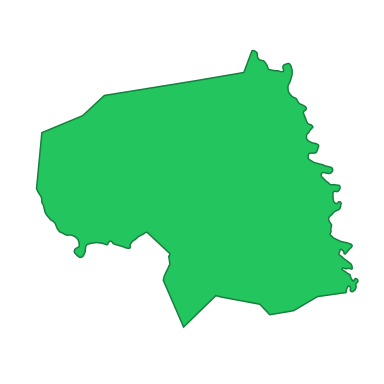 Villanueva, Cortés, Honduras, rotated 83°
{"feature_id": "27666195B71161947465594", "entity_name": "Villanueva", "entity_type": "district", "adm_level": 2, "iso_a3": "HND", "parent_name": "Honduras", "parent_adm1": "Cortés", "projection": "orthographic", "projection_center": [-88.036, 15.321], "detail": "fine", "context": "isolated", "style": "filled", "palette": "green", "viewbox_px": 384, "rotation_deg": 83, "n_neighbors": 0, "source": "geoboundaries", "source_scale": "gbopen_adm2", "svg_char_len": 5764}
<svg xmlns="http://www.w3.org/2000/svg" viewBox="0 0 384 384"><g transform="rotate(83 192 192)"><path d="M59.0,115.2L79.7,126.0L82.0,174.9L85.5,267.2L102.9,291.2L114.8,333.8L169.7,345.9L172.9,344.9L177.4,342.8L179.1,342.2L179.7,342.1L184.3,342.2L185.2,341.9L186.5,341.3L187.4,341.0L190.9,340.7L193.1,340.4L194.7,340.1L196.0,339.6L197.5,338.9L200.1,337.1L202.0,336.0L202.9,335.1L204.0,333.5L205.1,332.6L206.0,331.9L207.3,331.4L210.8,330.5L212.4,330.0L213.5,329.4L215.5,328.1L216.2,326.9L216.9,325.5L218.7,323.3L219.4,322.0L219.7,320.9L219.8,318.7L220.0,317.3L220.2,316.6L220.7,315.7L221.5,314.4L222.3,313.3L223.5,312.2L224.5,311.4L225.8,310.8L227.2,310.5L230.2,310.3L231.3,310.4L231.8,310.5L232.3,310.8L232.7,311.2L233.2,312.3L233.9,314.2L234.4,314.9L234.8,315.3L235.7,315.8L236.4,316.1L237.0,316.1L237.5,316.0L238.1,315.8L241.0,313.8L242.6,312.2L243.0,311.7L243.3,311.2L243.3,310.2L243.0,309.0L242.5,308.1L241.9,307.5L240.4,306.5L238.2,305.3L234.1,304.4L233.1,304.1L232.5,303.7L231.8,303.1L231.4,302.4L231.2,301.8L230.6,298.5L230.5,294.2L230.6,292.7L231.0,290.8L231.6,289.0L231.8,287.6L232.4,286.3L233.9,283.2L234.0,282.7L233.9,282.3L233.6,282.0L233.2,281.7L232.1,281.3L231.7,281.0L231.4,280.5L231.0,279.7L231.0,278.2L231.8,277.4L233.6,276.5L234.0,276.0L236.7,269.9L237.3,268.4L238.2,266.6L239.0,265.2L239.5,264.2L240.0,262.7L240.2,261.1L240.0,260.4L239.5,260.0L238.8,259.9L237.7,260.0L236.7,259.8L234.8,258.3L233.6,257.0L232.1,253.9L229.6,250.5L229.0,248.5L228.3,246.9L227.9,245.6L226.6,243.1L226.5,241.5L250.3,221.6L251.1,221.5L251.7,221.8L253.1,223.0L255.8,222.8L261.1,222.8L261.6,223.1L262.2,223.7L265.1,225.3L268.6,227.7L270.5,228.7L271.6,229.5L272.8,230.1L275.0,230.8L276.0,231.3L325.0,216.8L297.8,181.0L300.2,174.7L311.7,138.3L323.3,129.8L322.2,105.7L311.1,80.2L310.6,51.4L308.5,50.9L306.6,50.0L305.0,48.9L304.6,48.4L304.4,47.9L304.5,47.5L304.8,47.0L305.3,46.7L306.0,46.5L306.8,46.4L308.6,46.9L309.6,46.7L310.0,46.3L310.4,45.7L310.5,45.2L310.4,44.7L310.3,44.1L309.9,43.5L309.1,42.3L308.8,42.0L307.5,41.2L306.4,40.7L305.4,40.6L304.1,40.7L303.2,40.5L302.6,40.1L301.7,38.8L301.0,38.2L300.2,38.1L299.2,38.4L298.7,38.8L298.2,39.2L297.9,39.9L297.9,40.5L298.3,41.2L298.8,41.6L299.6,42.0L300.0,42.3L300.1,42.7L300.0,43.1L298.4,44.0L296.7,44.7L295.9,44.9L293.8,45.2L293.2,45.4L292.9,45.7L292.0,47.3L290.4,48.8L288.5,51.2L287.8,51.9L287.3,52.3L286.8,52.4L286.2,52.3L285.9,51.9L285.8,51.3L286.9,48.9L287.0,47.5L286.9,46.1L286.9,45.4L287.3,44.5L287.9,43.4L288.0,43.0L287.8,42.6L287.6,42.3L285.5,42.2L284.5,42.4L283.7,42.6L283.0,42.9L282.3,43.4L281.5,44.2L280.1,45.8L276.1,49.9L274.4,51.2L272.0,53.7L271.5,53.9L271.0,53.8L268.9,52.6L267.4,52.0L267.1,51.7L267.0,51.3L267.1,50.9L267.3,50.6L269.1,48.9L271.9,48.4L272.1,47.9L272.1,47.3L270.8,45.8L270.0,45.1L269.3,44.2L268.0,42.9L267.3,42.0L266.7,40.9L266.3,40.5L265.7,40.0L265.2,39.7L264.7,39.6L264.2,39.7L263.7,40.0L263.3,40.4L262.6,41.5L261.3,44.4L260.5,46.6L260.0,48.3L259.4,49.9L257.3,53.4L255.4,56.4L254.9,57.1L253.9,57.9L251.4,59.9L250.9,60.1L250.5,60.0L249.0,59.2L247.9,58.8L247.5,58.7L246.2,58.8L245.6,58.8L243.2,57.8L242.1,57.5L241.3,57.6L237.9,59.3L236.3,59.7L235.4,59.7L233.7,59.0L233.4,58.8L233.0,58.3L231.5,55.9L229.9,54.4L229.0,53.2L228.3,51.4L227.5,48.7L227.2,48.1L226.9,47.8L226.2,47.1L225.4,46.7L223.8,46.1L222.6,45.8L221.6,45.3L221.2,45.3L220.8,45.4L220.0,46.0L219.7,46.4L219.6,47.1L219.7,47.8L220.8,48.7L220.9,49.2L221.0,49.7L220.9,50.4L220.6,51.0L220.2,51.5L219.7,52.1L218.4,52.5L217.5,52.7L216.5,52.8L210.4,52.3L209.5,51.8L209.0,51.3L208.7,50.9L208.7,50.3L209.3,48.0L209.1,47.1L208.6,46.3L207.8,45.5L206.8,44.8L205.8,44.5L204.7,44.5L204.1,44.6L203.6,44.9L203.4,45.1L203.2,45.5L202.6,48.2L201.9,50.6L201.9,52.6L201.7,53.4L201.4,53.9L201.0,54.4L200.0,55.0L197.3,57.8L193.2,61.0L192.6,61.4L191.9,61.6L191.4,61.7L190.8,61.7L189.7,61.3L189.0,60.8L188.6,59.7L188.8,58.8L190.0,55.2L190.3,54.3L190.4,53.6L190.3,52.9L190.1,52.1L189.8,51.4L189.4,50.9L188.7,50.3L188.1,49.9L187.4,49.7L186.8,49.6L186.3,49.7L185.6,49.9L185.0,50.3L184.6,50.8L184.3,51.4L183.9,52.5L183.1,54.2L182.8,55.5L182.5,56.4L182.0,57.2L181.1,58.5L180.7,59.3L179.7,62.2L178.7,64.4L178.1,66.2L177.8,66.8L177.1,67.9L174.8,70.8L173.6,72.1L172.9,72.6L172.1,72.6L170.3,72.2L169.1,71.8L168.3,71.3L168.0,70.9L167.9,70.2L167.9,69.1L168.2,66.9L168.3,65.2L168.2,64.8L168.0,64.2L167.7,63.8L166.9,63.2L165.1,62.2L162.7,61.0L161.8,60.7L161.2,60.6L160.9,60.7L160.6,60.9L159.1,63.0L158.7,63.9L158.4,65.2L158.0,66.4L156.2,69.3L155.6,70.0L155.1,70.5L153.7,71.4L153.0,71.7L152.1,71.8L150.7,71.6L149.3,71.3L148.7,71.0L148.2,70.4L147.7,69.5L147.4,69.1L145.7,67.8L144.2,66.3L143.4,65.6L143.1,64.8L142.4,64.1L141.9,64.2L141.1,64.6L140.1,65.3L139.6,66.0L139.3,67.1L139.1,67.5L138.0,68.7L137.4,69.1L135.8,69.7L131.6,70.6L127.8,71.7L126.9,71.7L126.3,71.6L125.7,71.3L125.5,71.1L124.7,69.4L123.9,68.7L123.3,68.5L122.9,68.4L122.4,68.4L121.9,68.5L121.5,68.8L121.0,69.2L119.8,70.6L118.5,72.8L117.8,74.0L117.5,74.4L115.8,75.7L112.1,77.1L111.3,78.1L110.1,80.2L109.3,81.1L107.5,82.4L106.6,82.9L105.0,83.7L103.8,84.1L102.3,84.2L100.0,84.0L98.1,83.7L95.0,81.6L94.1,81.1L91.5,79.9L91.0,79.8L89.9,79.2L88.3,78.6L87.3,78.3L85.0,77.9L83.7,77.8L81.3,78.0L79.9,78.2L79.3,78.3L77.8,78.9L77.0,79.4L76.5,79.8L76.2,80.4L76.2,81.1L76.3,82.4L77.1,85.3L77.4,85.7L77.7,86.0L78.2,86.3L78.7,86.5L80.6,86.6L81.8,86.2L82.4,86.2L82.8,86.3L83.2,86.5L83.4,86.7L83.5,87.1L83.5,87.7L83.5,88.5L83.3,89.4L83.0,90.2L82.4,91.2L82.1,92.0L82.0,92.7L81.9,93.9L81.8,94.7L79.9,100.6L79.5,101.0L78.5,101.4L78.0,101.7L76.7,101.8L75.4,102.1L74.7,102.4L72.0,103.8L71.5,104.1L70.6,105.0L70.6,105.3L70.1,106.0L69.2,108.6L68.0,109.7L66.6,110.4L66.0,110.5L64.5,110.6L62.4,110.3L61.9,110.4L61.6,110.6L60.2,111.9L59.5,112.8L59.3,113.3L59.1,114.0L59.0,115.2Z" fill="#22c55e" stroke="#15803d" stroke-width="1.5"/></g></svg>